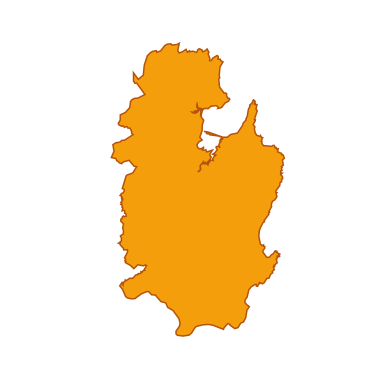 Dungarvan Lea-6, Waterford, Ireland (Robinson projection), rotated 300°
{"feature_id": "5873133B99301396189175", "entity_name": "Dungarvan Lea-6", "entity_type": "district", "adm_level": 2, "iso_a3": "IRL", "parent_name": "Ireland", "parent_adm1": "Waterford", "projection": "robinson", "projection_center": [-7.659, 52.063], "detail": "fine", "context": "isolated", "style": "filled", "palette": "amber", "viewbox_px": 384, "rotation_deg": 300, "n_neighbors": 0, "source": "geoboundaries", "source_scale": "gbopen_adm2", "svg_char_len": 6086}
<svg xmlns="http://www.w3.org/2000/svg" viewBox="0 0 384 384"><g transform="rotate(300 192 192)"><path d="M88.8,288.0L90.3,287.6L95.9,288.8L96.4,290.7L95.7,291.3L95.1,297.4L97.6,299.7L102.7,299.7L105.3,301.6L110.2,301.3L117.0,298.7L121.4,299.0L121.8,295.5L123.1,292.7L125.6,291.9L128.5,292.3L135.8,290.1L139.4,290.7L143.0,292.5L144.0,293.9L142.7,294.9L143.1,295.9L147.1,295.7L146.7,296.4L147.7,296.8L147.6,298.8L149.5,299.9L154.5,300.0L155.8,301.7L160.3,301.3L162.3,302.3L163.2,301.3L165.9,302.1L166.0,301.4L167.9,300.5L167.6,299.4L168.3,300.4L169.3,299.9L169.1,300.7L170.8,300.3L173.3,301.2L176.1,298.4L176.5,299.0L178.5,298.1L178.3,298.7L179.7,299.9L179.8,299.0L180.1,299.6L182.2,299.1L182.0,298.1L181.3,298.3L182.9,295.3L182.1,295.1L183.0,294.2L182.8,293.5L179.3,293.3L176.9,292.0L174.5,291.8L172.7,289.5L175.4,283.5L176.7,282.8L179.8,283.1L181.1,282.3L180.8,281.4L182.0,280.4L180.6,279.6L181.3,277.1L187.0,272.0L192.1,269.7L195.6,269.1L200.9,268.8L202.6,269.6L203.2,268.8L211.1,269.7L212.3,268.8L213.3,269.3L213.6,268.4L219.2,268.2L220.7,267.0L223.9,266.3L226.9,267.7L230.4,267.9L232.7,265.7L234.0,265.9L233.7,264.6L235.0,264.1L241.4,264.8L244.3,263.5L245.6,264.5L247.6,263.3L248.8,263.9L250.7,262.5L251.6,259.9L253.5,260.7L253.0,259.2L254.6,258.3L255.7,259.2L257.2,257.6L258.3,257.7L258.7,256.7L260.9,257.7L265.0,254.3L267.4,255.1L269.6,252.5L269.2,250.9L270.2,250.4L269.6,246.0L272.6,245.1L271.6,243.9L272.6,242.5L271.8,242.0L273.5,240.0L272.9,238.9L271.4,238.2L267.9,230.7L269.1,228.1L270.8,227.3L270.6,226.6L274.4,226.0L274.0,225.0L275.2,223.0L274.1,223.0L273.5,219.7L274.9,217.1L278.2,214.2L279.8,214.0L280.9,211.3L285.3,211.2L286.1,210.8L285.6,210.3L285.9,209.8L295.0,207.9L295.8,206.0L300.1,204.6L299.2,203.2L300.0,202.7L299.6,201.9L300.6,202.4L300.8,201.5L302.1,201.3L302.4,200.5L301.7,199.5L298.3,199.3L296.5,198.5L295.5,198.6L296.9,199.0L291.5,199.6L285.7,201.8L282.5,202.3L281.9,201.6L282.4,202.3L281.5,202.8L277.5,201.9L274.6,202.5L265.8,201.9L261.2,196.7L257.1,195.2L254.9,191.4L251.9,175.7L250.5,172.1L251.1,174.7L249.9,175.3L250.8,178.0L250.4,178.8L253.6,186.6L254.3,190.3L253.6,191.1L254.1,191.7L253.3,191.7L253.7,192.1L252.2,191.5L253.2,191.7L253.0,190.6L251.6,190.3L251.2,190.5L252.1,191.2L250.4,190.6L250.6,191.2L250.0,191.4L250.5,191.6L249.9,192.0L248.7,191.2L245.6,191.9L244.8,192.3L245.3,193.0L244.3,194.1L244.8,192.2L243.6,190.3L242.5,190.6L241.4,192.7L237.6,192.3L235.1,191.0L235.9,194.3L235.0,194.2L234.8,193.4L231.2,193.3L229.9,194.6L229.7,193.4L228.5,192.4L226.3,192.0L227.7,191.2L224.4,191.1L224.0,191.7L224.6,192.0L223.6,192.2L224.3,191.0L224.8,191.0L224.3,190.9L223.1,192.0L224.0,191.0L223.1,189.2L223.8,189.0L222.9,189.1L222.4,188.6L223.4,187.0L221.8,187.0L221.5,186.4L218.7,186.0L216.2,188.1L215.6,188.2L213.7,187.9L212.3,186.9L215.6,188.1L218.6,185.9L221.6,186.3L221.8,186.9L223.9,186.6L222.8,188.5L223.0,188.8L223.9,188.3L224.5,188.6L223.9,188.4L224.4,188.9L223.6,189.6L223.9,190.3L230.3,191.4L231.9,191.1L232.7,188.9L233.8,188.5L238.5,188.8L234.0,184.7L235.5,182.9L234.0,181.4L233.6,179.7L236.0,180.1L236.4,179.4L234.9,179.0L233.2,177.2L233.2,174.9L235.5,172.6L238.9,173.0L242.1,174.8L243.3,171.3L250.0,170.2L254.9,167.5L260.1,166.2L261.2,163.2L262.5,161.7L266.4,160.6L261.7,161.7L268.3,158.3L267.1,158.5L267.7,157.9L267.2,157.4L263.1,156.4L262.3,155.5L263.9,155.7L263.5,155.0L262.3,155.4L260.8,152.9L261.1,151.9L261.9,154.1L263.0,153.7L262.7,154.7L263.5,154.1L265.5,156.2L266.8,156.0L267.9,153.7L270.2,152.4L270.8,152.3L267.9,154.9L269.0,158.7L268.1,159.2L269.2,160.0L266.6,160.6L269.3,160.2L271.7,162.6L272.0,164.2L275.8,165.6L278.6,169.3L278.9,171.0L278.1,172.8L277.4,172.7L279.8,175.3L285.5,176.1L289.0,178.2L291.3,178.3L291.7,177.2L291.1,176.2L292.6,173.9L294.5,172.8L294.5,171.3L293.6,170.6L296.6,163.5L303.1,158.7L304.8,158.9L306.5,157.3L314.3,153.7L320.2,153.8L320.1,151.2L321.1,150.1L320.0,148.2L322.6,146.9L322.7,145.4L318.1,143.0L315.6,143.0L314.6,141.5L316.6,140.7L319.6,136.9L321.4,136.8L323.4,133.6L320.3,132.5L318.8,131.1L320.0,129.7L319.8,126.8L318.3,125.9L315.2,126.2L314.4,122.4L312.3,119.7L313.0,119.2L310.8,118.1L312.6,115.5L308.5,113.5L306.0,111.2L307.4,108.9L314.5,106.6L312.5,105.5L309.9,102.2L309.2,100.7L309.8,99.6L307.6,96.6L305.1,95.2L298.6,94.3L295.4,91.7L296.5,90.5L294.3,87.7L292.0,86.4L287.7,85.2L277.9,87.3L268.8,91.4L262.7,89.1L266.0,81.7L258.8,85.9L257.6,88.3L258.7,89.5L252.9,102.5L246.4,98.3L244.1,95.1L241.6,93.7L239.6,93.5L234.1,95.9L227.6,94.6L223.0,91.3L218.3,93.9L214.6,93.8L213.6,95.2L213.8,98.4L214.8,99.1L214.2,101.2L215.7,102.2L216.0,103.5L215.3,104.4L216.3,106.6L214.0,109.6L212.7,110.3L212.3,112.3L203.0,107.6L201.6,105.3L199.4,104.8L196.6,101.5L193.5,99.8L188.2,104.1L181.5,104.9L182.9,109.3L181.4,111.3L181.6,113.1L180.9,114.2L181.4,117.0L183.5,117.3L188.0,121.6L185.4,128.8L186.2,131.4L178.9,131.2L173.8,127.0L172.6,127.0L160.1,129.9L160.4,132.0L159.4,132.8L156.9,132.8L155.5,131.7L153.0,131.5L153.3,132.8L151.0,134.4L152.0,134.6L150.8,136.0L147.5,135.6L147.5,136.6L145.7,136.5L146.0,137.8L143.8,139.0L143.7,140.0L140.8,140.9L141.8,141.5L142.0,143.1L139.9,144.3L140.1,145.6L138.2,147.1L136.8,145.9L137.0,144.6L135.5,144.1L133.9,144.9L133.0,144.0L131.1,144.9L130.2,148.6L125.9,150.0L124.8,151.6L121.3,153.5L118.2,151.9L116.8,153.9L114.1,155.4L111.1,154.0L111.7,155.4L110.4,156.0L108.9,160.8L107.7,161.9L109.7,165.0L107.7,166.2L101.2,166.5L100.7,168.2L98.9,168.2L98.8,169.5L97.8,169.4L97.5,170.4L97.7,175.2L96.5,180.0L101.8,181.4L103.8,186.8L105.5,188.1L105.5,189.5L101.6,189.4L100.5,190.3L100.0,189.1L97.7,188.9L97.5,187.6L95.9,188.4L94.3,186.1L93.3,186.3L92.1,184.8L87.5,183.8L86.4,181.4L82.2,179.2L82.4,178.2L81.2,178.6L79.6,177.8L76.9,178.8L78.5,176.6L74.6,176.3L73.0,180.5L68.2,186.9L68.0,189.2L69.2,193.0L71.0,195.8L78.7,199.2L83.3,202.8L84.0,204.6L82.8,208.3L84.4,211.8L81.6,219.8L82.8,224.7L79.9,228.7L79.9,234.8L75.8,244.0L72.6,247.1L69.9,248.2L63.3,247.8L61.1,249.2L60.6,251.0L62.8,256.3L66.6,261.0L69.8,262.2L76.3,262.4L78.2,263.4L82.4,267.8L85.5,272.4L87.1,276.7L88.8,288.0ZM301.9,199.3L303.2,199.3L301.9,199.1L301.9,199.3Z" fill="#f59e0b" stroke="#b45309" stroke-width="1.5"/></g></svg>